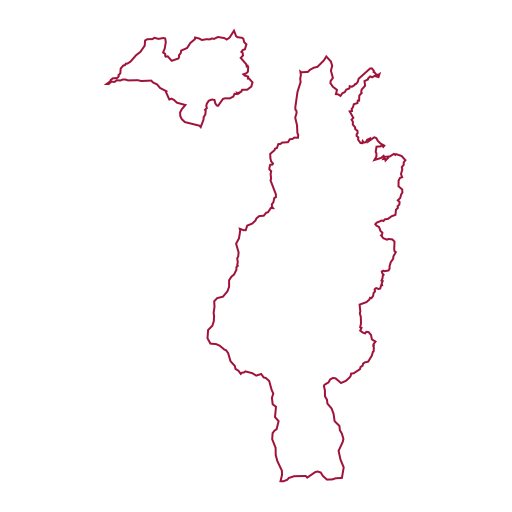 Ocaña, Norte de Santander, Colombia (Albers equal-area conic projection)
{"feature_id": "7082276B12484805764820", "entity_name": "Ocaña", "entity_type": "district", "adm_level": 2, "iso_a3": "COL", "parent_name": "Colombia", "parent_adm1": "Norte de Santander", "projection": "albers", "projection_center": [-73.373, 8.221], "detail": "fine", "context": "isolated", "style": "outline", "palette": "rose", "viewbox_px": 512, "rotation_deg": 0, "n_neighbors": 0, "source": "geoboundaries", "source_scale": "gbopen_adm2", "svg_char_len": 5961}
<svg xmlns="http://www.w3.org/2000/svg" viewBox="0 0 512 512"><path d="M288.0,142.2L282.2,142.6L280.3,144.0L278.3,144.1L276.9,148.0L275.0,148.7L274.5,150.2L270.2,153.9L270.4,158.4L271.2,161.5L273.0,163.5L272.4,164.6L270.2,164.8L269.4,167.8L269.4,169.4L271.2,171.2L270.6,173.9L271.1,178.8L270.5,180.3L275.9,194.4L275.9,197.2L274.3,198.0L273.4,202.2L271.9,204.2L271.9,206.6L273.0,208.1L270.8,208.0L268.0,212.3L266.2,212.7L263.8,215.7L259.2,216.1L256.4,218.4L255.5,220.5L252.2,223.6L247.2,225.6L245.7,230.2L243.6,230.2L239.8,228.8L240.2,230.6L239.0,238.3L236.1,243.7L238.6,252.4L238.2,256.4L237.2,258.5L237.8,262.4L237.2,264.7L237.8,265.8L236.4,267.2L236.4,269.8L234.0,274.6L231.5,276.6L229.1,280.2L229.1,286.8L227.4,291.4L222.9,296.7L217.2,298.1L214.2,301.3L214.5,306.7L213.6,313.1L214.1,316.1L213.8,321.1L212.4,325.7L208.1,330.0L207.5,338.2L210.4,343.6L216.1,344.1L219.9,345.8L224.2,349.5L226.0,350.2L228.1,353.0L230.5,361.2L234.8,365.9L235.5,368.9L238.4,370.7L240.8,373.9L241.7,372.8L244.1,372.4L245.4,371.4L252.3,373.2L256.2,375.6L261.2,374.0L263.7,377.5L265.7,377.9L269.2,381.0L271.6,389.8L273.3,393.6L271.9,397.9L272.7,404.3L276.0,406.8L275.0,417.1L278.6,421.2L276.6,429.2L274.4,430.7L272.6,433.2L272.2,439.2L275.6,447.8L275.7,454.9L277.3,461.0L281.9,470.7L282.0,475.0L280.5,481.2L283.4,481.3L287.3,479.7L288.8,478.0L294.1,476.2L305.7,476.0L307.2,477.6L315.2,472.1L317.5,471.5L320.7,472.5L323.0,476.1L327.0,479.6L332.4,479.4L335.6,478.3L341.9,477.9L343.7,467.4L340.5,459.6L338.6,450.8L342.7,442.0L343.4,438.9L341.9,433.7L339.9,430.2L339.4,425.9L334.6,421.2L333.6,414.0L331.6,408.5L327.4,403.6L327.0,399.8L325.0,396.4L324.9,390.1L323.9,386.2L324.5,384.8L328.5,382.4L330.2,379.4L332.8,378.0L335.5,378.3L341.0,383.0L345.8,380.9L349.7,377.4L350.7,375.8L351.1,373.6L353.7,373.3L359.9,369.2L360.6,366.9L362.6,365.7L363.1,363.6L364.6,362.5L368.2,361.6L371.9,355.5L372.9,351.8L373.6,351.4L373.9,347.3L373.2,346.0L373.9,345.2L373.4,344.3L375.5,341.6L371.9,339.4L371.0,334.9L368.6,332.1L366.4,331.8L365.1,333.4L362.5,332.4L360.2,330.6L361.5,327.9L360.2,327.3L361.0,323.3L360.8,316.8L359.8,313.3L360.3,311.5L359.6,304.6L366.5,302.1L369.4,299.5L370.1,297.8L371.4,298.2L373.1,295.9L373.6,293.0L375.0,291.4L374.6,289.4L375.5,288.5L376.2,288.1L378.7,289.0L380.2,288.5L381.2,285.2L382.1,285.2L381.7,283.3L382.7,281.1L381.5,280.6L382.5,278.4L382.8,275.6L383.6,274.8L382.3,273.3L381.8,271.5L383.2,270.7L384.3,271.2L388.5,270.5L389.6,268.6L389.5,266.5L390.7,262.3L393.2,258.7L393.4,256.4L395.8,252.1L394.5,251.1L394.2,249.4L394.5,241.6L392.3,239.4L388.3,239.0L387.0,239.7L383.3,238.2L381.1,235.4L382.0,234.9L382.4,232.7L380.5,231.0L379.1,227.1L376.3,225.5L375.3,224.2L376.6,222.7L381.8,220.5L383.5,221.0L384.7,219.4L388.0,218.9L391.5,216.3L395.4,214.9L396.0,209.7L397.9,207.9L397.6,206.3L399.3,204.6L399.6,202.0L397.8,200.3L400.2,198.0L401.2,194.3L402.4,192.6L402.2,189.5L398.5,186.3L398.6,180.5L400.0,177.9L402.1,177.2L401.0,174.0L402.3,169.5L401.8,167.1L403.7,164.8L403.7,162.4L405.4,160.2L401.6,156.0L396.0,154.1L395.3,154.9L393.9,153.9L389.9,156.4L386.9,156.7L388.1,157.9L385.5,160.5L385.1,158.8L383.4,159.0L384.6,157.2L383.6,155.8L381.2,157.9L374.4,160.0L376.4,156.5L376.4,153.4L375.7,151.9L376.5,146.7L380.5,146.4L382.0,145.4L383.3,146.9L384.3,145.6L380.6,143.6L377.9,141.0L376.2,138.0L374.3,137.3L368.7,141.2L369.7,138.6L367.1,139.8L366.0,142.1L364.0,142.6L362.7,141.1L362.3,143.2L360.5,143.0L358.1,139.6L358.3,137.4L356.6,135.9L356.7,134.1L357.6,133.2L357.5,130.9L355.1,128.9L355.1,127.3L352.8,124.6L352.9,121.8L351.6,119.7L353.3,117.8L349.7,111.4L352.0,111.0L351.7,108.9L353.0,107.2L353.8,104.2L357.4,103.1L357.8,100.6L359.1,100.6L359.3,95.5L361.7,93.0L361.2,92.0L361.6,89.7L365.1,85.7L364.5,81.1L367.9,79.5L368.0,78.6L370.2,76.4L372.1,77.3L374.7,75.9L378.5,77.1L379.4,74.1L378.2,74.9L375.9,74.3L374.5,72.3L373.6,72.0L373.8,70.8L371.9,68.4L370.1,68.5L358.6,78.8L357.8,81.8L356.2,83.9L355.2,84.0L354.3,85.3L351.8,86.8L349.7,86.2L349.4,88.4L346.2,89.7L344.8,92.1L342.4,93.2L340.5,95.9L338.2,94.4L335.9,94.1L337.0,89.9L332.9,86.8L330.4,83.1L330.7,80.9L332.9,77.9L330.9,70.6L332.2,65.8L330.9,61.5L326.3,56.5L323.9,60.4L317.5,66.8L313.8,67.7L309.8,69.9L307.9,71.9L301.3,72.3L300.4,71.6L300.9,75.0L300.2,78.8L300.6,82.1L297.5,91.8L295.3,107.3L295.4,109.6L296.4,110.8L296.6,113.0L295.2,117.6L297.0,125.2L297.4,133.0L298.2,135.0L298.0,137.7L294.3,137.6L292.4,139.0L289.8,139.2L288.0,142.2ZM185.4,105.0L181.8,109.2L180.1,112.4L180.3,116.2L181.8,119.2L184.9,122.1L199.5,125.7L200.7,127.1L203.5,119.7L203.7,117.1L205.3,114.5L205.7,110.7L205.0,109.8L206.8,108.2L206.3,105.9L206.8,103.7L208.8,100.7L212.0,99.5L214.5,100.0L215.3,103.4L216.8,105.5L218.1,105.8L223.0,98.9L225.1,98.3L229.7,98.4L233.3,96.6L234.5,93.8L237.1,94.1L237.5,93.7L237.2,93.0L238.1,93.4L238.1,94.5L238.6,92.8L239.5,93.0L240.3,91.8L241.3,91.7L242.1,89.8L247.2,89.7L251.3,86.6L252.5,82.4L249.0,78.5L247.9,78.5L248.1,76.6L244.8,75.6L243.4,74.3L246.3,73.3L247.9,71.7L248.2,67.1L247.6,65.8L246.7,66.4L246.2,64.2L240.7,57.9L243.0,55.5L242.5,52.5L241.4,51.9L242.8,50.0L244.9,49.3L246.4,44.3L244.2,42.2L243.3,38.7L242.0,37.8L237.5,37.2L236.1,36.2L234.0,30.7L229.5,37.7L226.7,39.5L224.4,38.1L218.0,37.0L214.0,38.9L212.0,38.5L209.6,39.4L206.6,39.2L201.9,40.0L199.1,38.5L195.1,37.5L194.9,39.2L190.4,42.9L187.1,48.0L181.2,50.6L180.7,53.2L179.0,55.3L179.1,57.0L178.4,58.5L171.7,60.8L167.7,56.3L165.8,56.7L165.2,55.9L165.2,53.9L163.1,52.5L164.7,48.6L165.8,42.3L165.2,38.5L163.4,38.0L158.4,38.9L154.5,37.8L152.4,39.1L147.3,39.2L145.1,40.5L144.7,45.7L140.3,52.0L136.1,55.2L130.5,61.6L127.4,63.6L125.8,63.7L124.9,65.2L123.4,65.4L120.7,68.5L120.3,73.4L118.5,75.1L118.7,76.3L117.9,77.4L116.8,78.1L112.9,78.3L110.8,79.9L110.0,81.6L106.6,84.0L108.6,84.1L111.3,81.7L114.6,81.9L116.6,80.3L120.5,80.5L122.7,79.5L125.4,79.5L128.0,80.4L137.6,80.2L141.3,81.0L151.2,80.6L153.2,82.6L157.1,84.4L160.1,88.0L166.5,91.3L166.0,92.1L169.3,99.5L171.6,98.7L174.1,100.0L176.9,102.7L185.4,105.0Z" fill="none" stroke="#9f1239" stroke-width="2"/></svg>